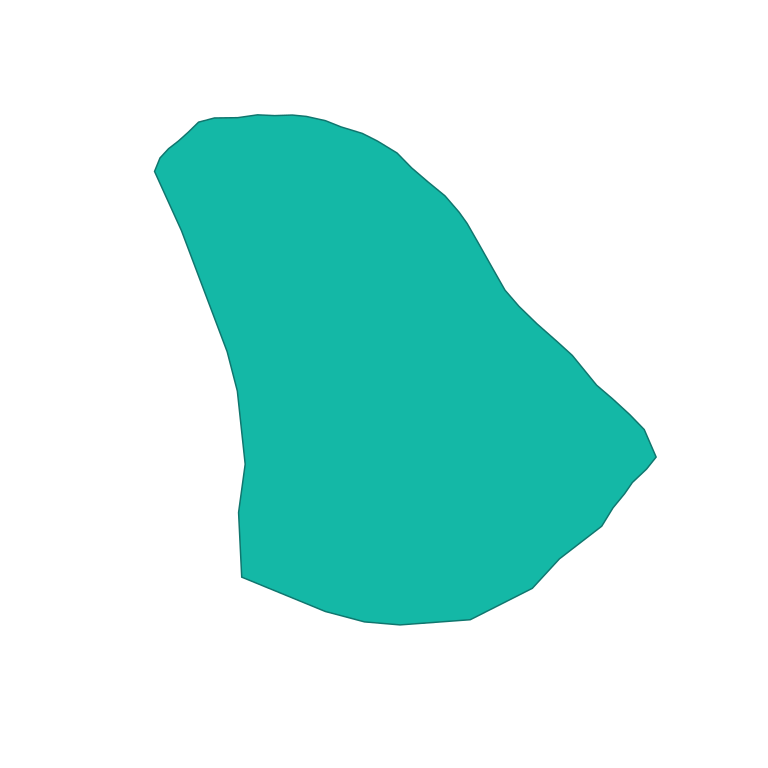 the district of Songrim City, Hwanghae-bukto, North Korea, rotated 287°
{"feature_id": "82179303B86306184890234", "entity_name": "Songrim City", "entity_type": "district", "adm_level": 2, "iso_a3": "PRK", "parent_name": "North Korea", "parent_adm1": "Hwanghae-bukto", "projection": "orthographic", "projection_center": [125.63, 38.769], "detail": "fine", "context": "isolated", "style": "filled", "palette": "teal", "viewbox_px": 768, "rotation_deg": 287, "n_neighbors": 0, "source": "geoboundaries", "source_scale": "gbopen_adm2", "svg_char_len": 795}
<svg xmlns="http://www.w3.org/2000/svg" viewBox="0 0 768 768"><g transform="rotate(287 384 384)"><path d="M520.2,102.4L471.4,145.5L369.0,224.6L334.4,245.8L266.7,274.7L218.6,282.5L157.7,304.4L149.3,394.4L150.8,434.9L158.3,469.7L183.8,535.4L232.0,585.6L268.1,602.9L311.7,633.8L332.5,639.2L349.5,646.2L362.4,650.3L379.5,660.0L393.7,665.6L416.5,646.2L426.5,628.1L436.5,607.2L445.0,587.7L466.4,555.7L474.9,537.7L486.3,512.6L497.7,490.4L509.1,472.3L526.2,454.2L546.1,433.3L561.8,416.6L570.3,405.5L581.7,387.4L590.3,366.5L598.8,347.1L608.7,329.0L614.4,306.7L617.3,290.0L617.3,267.8L618.7,251.1L617.2,231.6L614.4,217.7L608.7,201.0L604.4,184.3L595.9,166.2L588.8,144.0L580.2,130.1L567.4,123.1L556.0,116.2L546.1,109.2L534.7,103.7L520.2,102.4Z" fill="#14b8a6" stroke="#0f766e" stroke-width="1.5"/></g></svg>